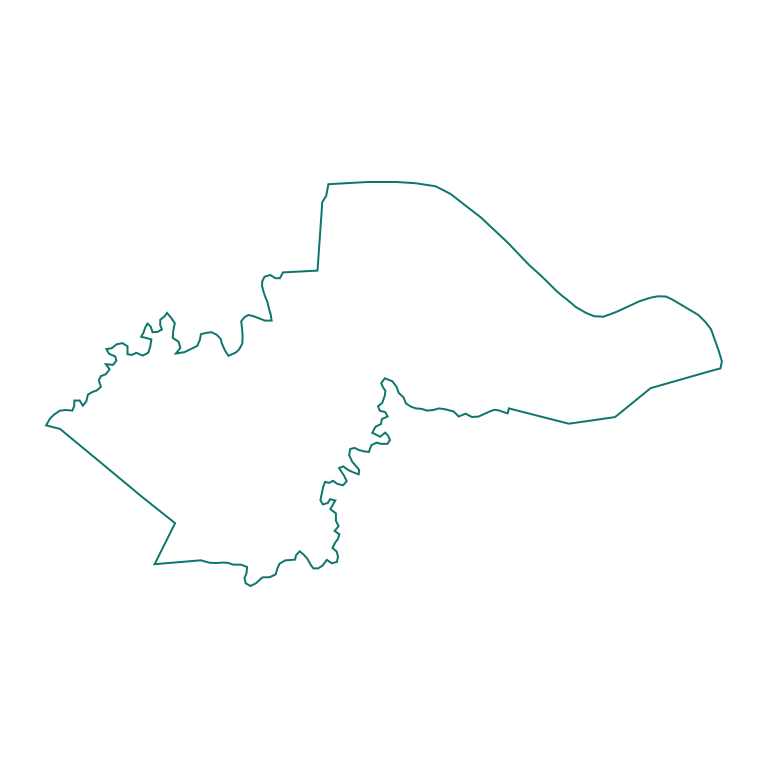 the district of Gararu, Sergipe, Brazil
{"feature_id": "56859067B88442683990639", "entity_name": "Gararu", "entity_type": "district", "adm_level": 2, "iso_a3": "BRA", "parent_name": "Brazil", "parent_adm1": "Sergipe", "projection": "mercator", "projection_center": [-37.235, -10.035], "detail": "fine", "context": "isolated", "style": "outline", "palette": "teal", "viewbox_px": 768, "rotation_deg": 0, "n_neighbors": 0, "source": "geoboundaries", "source_scale": "gbopen_adm2", "svg_char_len": 3171}
<svg xmlns="http://www.w3.org/2000/svg" viewBox="0 0 768 768"><path d="M328.4,184.2L326.2,195.9L322.3,202.0L317.5,270.6L283.0,272.4L279.9,278.2L275.4,278.2L270.2,275.0L264.5,276.8L262.3,281.2L262.0,285.6L263.3,291.0L265.0,296.1L267.5,302.3L269.1,309.1L270.7,314.6L271.6,320.6L264.9,320.6L258.5,318.1L252.9,316.0L248.3,315.0L244.5,317.2L241.2,321.3L242.0,328.2L242.6,335.4L242.4,343.4L239.2,349.3L236.0,352.4L228.5,355.8L224.8,350.2L221.8,343.3L220.6,338.9L216.8,334.8L211.6,332.2L206.1,332.9L200.9,334.2L199.9,339.7L197.3,345.9L184.6,352.1L175.9,353.5L180.3,348.0L178.7,341.9L172.8,337.9L173.2,331.1L174.8,323.1L170.8,317.4L167.0,312.9L164.4,316.5L160.3,319.7L160.2,325.0L161.9,329.5L157.5,331.9L152.5,332.2L150.8,326.8L147.5,323.6L145.1,327.8L143.8,331.9L141.2,336.8L145.4,337.8L151.4,339.4L150.2,346.8L148.2,352.8L142.7,355.6L136.4,352.8L131.9,354.9L127.5,354.2L127.5,346.3L122.4,343.1L116.4,344.4L111.8,348.2L106.4,349.1L109.1,353.9L115.1,356.3L116.4,360.7L113.0,364.9L105.9,364.2L109.6,369.3L105.9,374.2L100.9,376.1L98.8,380.2L100.9,386.9L96.5,390.6L92.5,391.9L87.9,394.7L86.3,401.3L82.9,405.7L79.6,400.5L74.4,400.5L74.2,405.9L72.4,410.6L65.7,410.0L59.8,410.7L53.9,414.7L49.8,418.9L46.1,425.4L60.0,428.9L100.9,462.7L142.2,497.0L175.1,523.2L154.6,564.2L200.8,560.3L209.8,562.8L216.6,563.0L222.8,562.6L227.8,562.8L233.4,564.7L241.2,564.7L247.1,567.0L246.5,573.2L244.5,577.9L245.6,583.2L250.4,586.0L255.9,583.3L262.3,577.4L269.6,577.2L275.7,574.4L277.3,568.6L279.6,563.6L285.5,560.3L290.5,560.0L295.1,559.6L296.0,555.3L299.6,551.3L303.1,554.1L307.3,558.6L310.6,564.7L313.4,568.4L318.1,568.4L322.5,565.6L326.8,559.9L331.9,563.3L336.9,561.9L338.0,556.6L336.7,551.6L332.5,547.9L335.1,542.7L338.0,538.9L339.4,534.3L334.6,530.9L338.6,526.2L335.9,520.7L335.9,513.4L330.3,509.1L335.3,500.5L330.0,499.2L327.8,503.0L322.9,504.4L320.4,500.1L321.8,493.6L323.0,487.5L325.0,481.9L329.1,482.9L333.0,480.8L337.1,483.8L343.0,485.3L346.7,481.2L343.9,475.4L341.4,471.7L339.1,468.0L343.3,466.4L348.3,470.1L353.9,472.6L358.7,474.3L359.2,470.1L356.5,466.6L352.3,461.9L349.1,455.0L350.3,449.0L354.5,447.9L358.6,449.9L363.8,451.3L368.8,452.0L371.4,445.1L376.6,442.7L381.3,443.9L387.3,443.9L390.0,440.0L388.2,436.0L385.2,432.6L380.2,436.7L372.3,432.8L375.4,426.8L381.0,424.0L381.9,419.1L387.6,416.5L385.4,412.2L379.8,410.7L378.0,406.3L382.2,402.9L384.8,395.7L385.4,390.9L383.0,387.2L381.2,383.2L384.8,378.3L392.4,381.3L396.6,386.9L398.7,392.9L403.5,397.3L406.0,403.5L410.8,406.6L416.0,408.4L421.7,408.9L427.0,410.6L433.2,410.0L439.1,408.4L445.7,409.4L453.7,411.5L458.7,416.5L465.6,413.7L471.9,417.0L478.4,416.6L488.8,411.9L494.1,409.8L498.4,410.3L507.6,413.4L508.9,408.4L568.8,423.7L615.0,417.1L619.7,413.3L650.7,388.1L710.0,371.2L720.5,368.4L721.9,361.3L719.9,354.7L718.5,350.2L711.0,329.2L705.6,322.2L698.4,315.0L671.9,299.3L666.0,296.5L658.0,296.3L650.4,297.7L639.0,301.4L619.7,310.4L614.9,312.5L603.4,316.7L594.0,316.2L586.0,312.9L575.8,307.0L568.1,300.5L561.9,295.6L556.7,291.2L549.1,283.6L542.0,276.6L528.8,264.7L507.8,242.7L480.7,217.3L464.7,205.0L450.8,194.1L435.7,186.3L415.4,183.2L396.4,182.0L373.9,182.0L367.0,182.0L328.4,184.2Z" fill="none" stroke="#0f766e" stroke-width="2"/></svg>